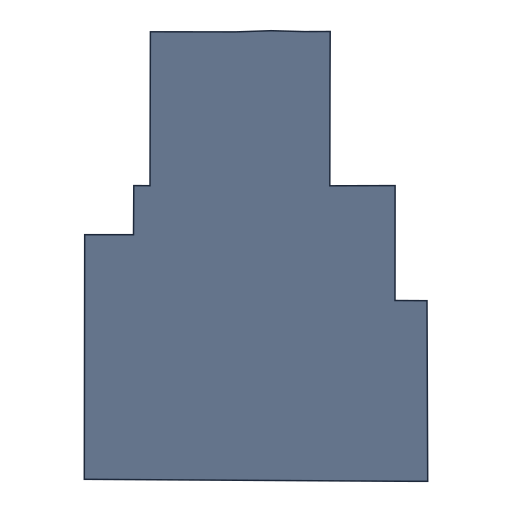 Tippah, Mississippi, United States of America (Mercator projection)
{"feature_id": "52423323B445866632438", "entity_name": "Tippah", "entity_type": "district", "adm_level": 2, "iso_a3": "USA", "parent_name": "United States of America", "parent_adm1": "Mississippi", "projection": "mercator", "projection_center": [-88.878, 34.796], "detail": "fine", "context": "isolated", "style": "filled", "palette": "slate", "viewbox_px": 512, "rotation_deg": 0, "n_neighbors": 0, "source": "geoboundaries", "source_scale": "gbopen_adm2", "svg_char_len": 351}
<svg xmlns="http://www.w3.org/2000/svg" viewBox="0 0 512 512"><path d="M330.2,31.5L304.3,31.6L271.0,30.7L235.5,31.9L150.4,31.8L150.0,185.7L133.8,185.6L133.5,234.7L84.7,234.7L84.3,479.3L390.3,481.2L411.4,481.3L427.7,481.3L427.0,300.7L395.0,300.5L395.1,185.6L329.8,185.8L330.0,82.2L330.2,31.5Z" fill="#64748b" stroke="#1e293b" stroke-width="1.5"/></svg>